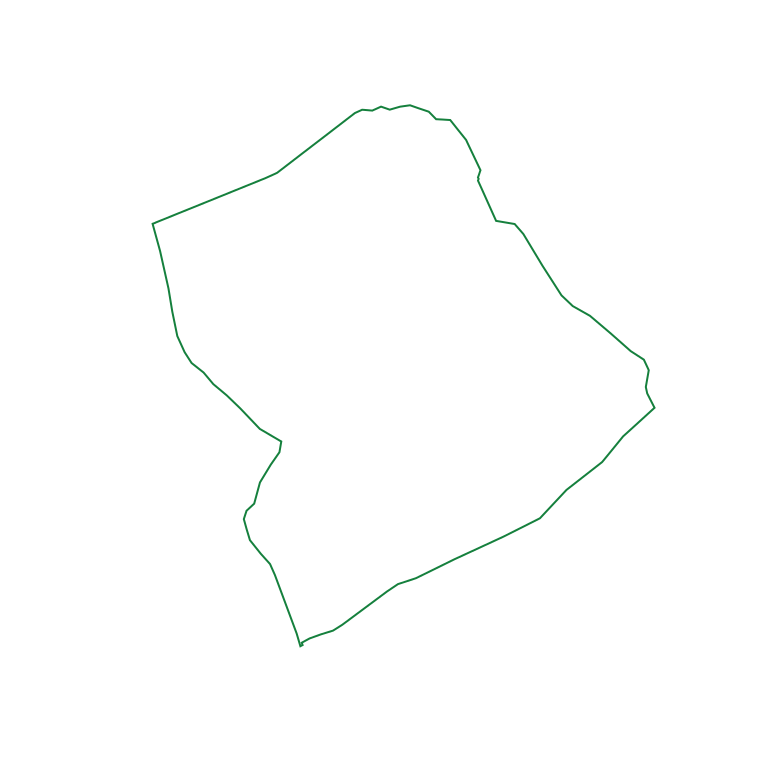 Um Durein, South Kordufan, Sudan (Equal Earth projection), rotated 196°
{"feature_id": "16777658B25432504907328", "entity_name": "Um Durein", "entity_type": "district", "adm_level": 2, "iso_a3": "SDN", "parent_name": "Sudan", "parent_adm1": "South Kordufan", "projection": "equal_earth", "projection_center": [30.166, 10.926], "detail": "fine", "context": "isolated", "style": "outline", "palette": "green", "viewbox_px": 768, "rotation_deg": 196, "n_neighbors": 0, "source": "geoboundaries", "source_scale": "gbopen_adm2", "svg_char_len": 1378}
<svg xmlns="http://www.w3.org/2000/svg" viewBox="0 0 768 768"><g transform="rotate(196 384 384)"><path d="M372.3,641.2L383.3,649.0L384.7,650.0L393.1,656.0L400.4,654.4L406.9,652.9L416.0,658.1L427.2,658.6L435.8,659.1L445.0,655.0L454.1,649.3L463.3,649.8L468.7,645.2L469.1,644.9L470.6,643.6L478.7,642.0L480.6,641.6L486.7,636.4L502.7,614.7L510.0,604.8L518.3,593.6L526.3,582.8L544.9,557.6L546.7,556.0L555.2,548.8L558.2,546.5L606.9,508.4L628.4,491.6L648.2,476.1L648.3,475.9L649.9,474.7L650.4,474.4L650.6,474.2L635.9,450.1L617.5,416.4L607.4,395.1L595.9,373.1L584.4,359.6L574.7,351.1L560.6,345.3L548.0,336.8L532.2,329.8L515.4,320.9L491.0,306.6L466.9,300.4L465.7,289.6L470.6,275.3L476.1,255.2L475.8,233.2L481.2,224.3L481.5,215.5L475.8,206.2L469.8,196.9L455.7,186.9L443.9,179.5L436.2,170.3L399.2,120.1L392.1,108.9L391.1,109.9L390.3,110.6L391.7,112.7L385.4,118.9L375.7,125.9L365.0,132.9L357.7,141.1L323.9,185.4L315.4,195.5L299.8,206.1L267.9,235.0L227.1,270.2L197.1,297.9L179.4,332.5L152.8,369.1L149.2,377.4L139.7,399.6L131.5,412.8L117.4,435.7L128.4,447.5L131.5,453.3L133.3,470.2L133.9,470.9L134.1,471.2L140.9,479.0L155.9,483.6L179.6,494.9L204.8,506.3L224.0,510.9L237.8,518.1L264.2,541.3L291.4,566.6L302.5,573.8L321.2,571.7L343.4,598.0L349.7,605.4L349.6,607.3L350.6,608.4L350.4,611.3L350.3,614.2L350.2,616.1L370.5,639.1L372.3,641.2Z" fill="none" stroke="#15803d" stroke-width="2"/></g></svg>